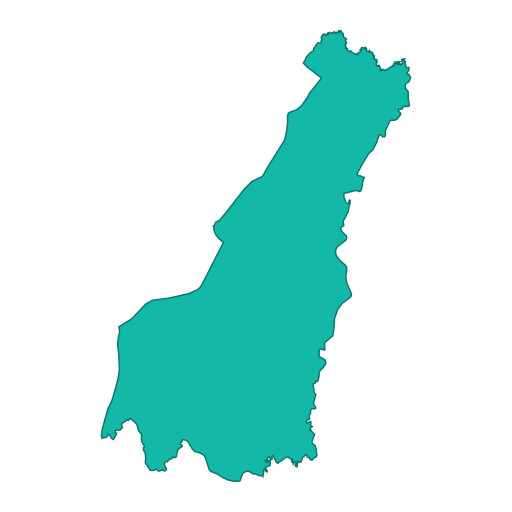 outline of Pa Tio, Yasothon, Thailand
{"feature_id": "78962969B66944967065262", "entity_name": "Pa Tio", "entity_type": "district", "adm_level": 2, "iso_a3": "THA", "parent_name": "Thailand", "parent_adm1": "Yasothon", "projection": "equal_earth", "projection_center": [104.435, 15.866], "detail": "fine", "context": "isolated", "style": "filled", "palette": "teal", "viewbox_px": 512, "rotation_deg": 0, "n_neighbors": 0, "source": "geoboundaries", "source_scale": "gbopen_adm2", "svg_char_len": 5951}
<svg xmlns="http://www.w3.org/2000/svg" viewBox="0 0 512 512"><path d="M315.9,408.0L313.5,403.6L315.8,394.4L313.8,392.2L314.1,390.7L313.2,386.1L313.2,383.9L314.8,383.4L315.9,381.3L317.0,381.6L317.9,380.9L319.0,376.6L319.2,372.3L320.6,369.9L323.6,367.2L324.3,364.9L325.5,364.7L325.7,362.7L325.3,360.2L319.1,356.4L319.2,349.9L320.8,348.8L323.7,350.0L325.0,349.8L324.5,344.7L324.9,342.4L332.8,335.8L333.9,328.5L334.6,318.3L337.7,309.4L342.4,303.2L350.6,297.0L351.4,295.3L351.2,293.3L347.1,283.7L346.1,279.8L345.8,275.9L346.8,269.8L346.4,266.9L345.2,265.1L340.5,261.1L337.0,256.7L336.1,255.1L335.5,251.7L335.8,249.4L337.6,246.5L345.9,240.1L346.6,238.6L346.5,236.1L341.8,231.3L340.5,228.2L340.8,227.4L343.8,225.7L343.2,222.3L343.3,220.9L348.4,211.3L348.7,208.2L349.9,204.1L350.3,200.8L350.1,200.2L349.5,200.1L348.6,202.9L347.9,203.4L346.1,203.2L344.0,197.3L343.8,193.5L355.9,190.4L359.5,191.5L360.8,191.0L362.3,185.7L362.7,181.5L364.3,177.6L360.2,175.8L358.1,175.8L357.2,173.7L362.0,164.5L368.8,153.5L372.9,149.7L376.6,142.6L379.3,134.5L380.8,134.9L382.7,136.8L384.8,136.6L385.5,134.7L385.3,130.8L389.8,121.0L390.9,120.3L394.1,120.3L397.0,119.3L400.7,114.3L400.5,113.1L398.3,110.9L398.6,109.7L402.3,108.8L402.7,107.4L403.6,106.4L408.1,106.5L409.5,105.4L408.4,100.4L408.1,91.6L405.5,88.3L405.1,85.4L405.7,83.8L409.0,81.5L410.6,77.7L409.2,74.8L407.2,73.6L407.2,72.5L408.8,70.4L409.0,67.8L408.6,67.4L407.1,67.9L406.0,66.9L405.1,63.0L405.4,61.5L404.1,60.8L404.6,59.3L403.9,59.6L403.6,58.9L402.0,59.4L402.5,60.7L401.6,61.3L402.2,61.5L402.7,63.0L402.3,63.7L401.5,63.9L401.4,64.9L401.0,65.2L400.4,64.4L398.9,64.6L399.3,63.9L400.0,64.2L399.2,62.9L399.8,61.3L398.4,62.5L397.8,61.5L396.6,62.1L396.9,63.1L397.7,63.4L397.6,64.1L397.0,64.3L396.0,63.2L395.0,63.4L394.8,62.1L394.2,62.7L394.2,64.3L393.4,64.3L393.2,65.4L393.6,65.7L392.9,65.7L392.8,66.4L392.2,66.1L392.2,66.8L389.6,67.4L388.8,68.8L386.7,69.3L385.2,70.6L383.7,69.4L381.9,69.6L381.9,70.4L380.9,70.8L380.4,70.1L380.8,69.3L380.2,69.3L379.9,66.9L379.1,65.4L378.7,65.4L378.8,66.1L377.7,65.6L377.3,66.2L376.3,65.4L376.2,63.0L377.1,62.4L376.6,61.8L377.0,61.3L376.8,59.8L376.2,59.5L375.9,60.4L375.5,59.6L374.2,59.0L374.4,57.7L373.7,57.0L374.4,56.1L373.4,55.7L373.6,55.0L373.1,55.0L373.0,54.1L372.3,53.6L372.6,52.6L371.4,52.0L370.4,52.2L369.5,50.6L369.1,51.9L368.6,51.9L368.6,51.2L367.8,51.7L366.5,50.7L366.1,49.4L366.6,49.2L366.5,48.5L365.7,47.9L365.3,48.4L365.1,47.4L364.5,48.0L361.6,47.6L361.0,48.8L361.2,49.9L360.4,49.9L360.8,50.5L360.2,50.7L360.2,52.0L358.1,52.7L357.8,54.4L357.4,54.1L356.8,54.5L355.9,53.8L354.4,54.1L353.6,53.1L351.8,52.4L350.9,51.0L347.9,50.9L347.1,49.4L347.4,48.8L346.8,48.8L346.2,47.5L345.4,47.8L345.8,46.3L345.1,45.9L345.1,44.4L346.2,44.1L346.6,42.6L345.3,41.9L346.3,39.2L345.8,39.0L345.8,38.2L344.4,37.9L343.8,37.1L342.8,34.4L343.3,34.2L343.2,33.5L341.5,32.8L341.7,32.2L340.7,30.7L339.3,31.9L339.5,30.9L338.5,30.8L338.0,32.3L335.8,32.5L335.7,33.4L334.1,31.7L332.8,33.3L332.0,32.7L329.6,33.4L329.4,32.5L328.1,32.7L327.7,33.3L327.9,34.4L327.1,34.3L327.2,34.9L326.0,34.9L325.1,34.2L323.4,34.3L323.3,35.0L322.8,34.6L321.3,37.0L321.9,40.5L321.3,40.8L320.9,43.0L317.7,42.9L313.7,48.6L313.5,50.6L310.0,53.0L306.2,57.3L305.3,59.7L303.3,63.1L308.2,67.8L321.0,77.6L321.0,78.8L309.9,92.7L306.8,98.2L301.5,105.8L296.2,110.0L289.4,112.4L288.4,113.4L287.6,115.3L287.6,122.9L286.8,129.9L284.7,140.0L268.4,165.9L263.3,174.9L262.1,176.6L252.0,181.4L244.7,188.6L226.4,212.1L219.4,220.4L215.8,222.1L214.7,225.0L213.4,225.9L214.4,231.6L216.2,235.3L219.1,238.8L223.4,242.4L203.8,281.0L200.4,287.0L197.1,289.9L188.5,293.7L169.1,298.1L152.3,300.3L145.8,304.0L132.0,318.6L118.8,326.9L119.4,329.4L119.5,332.7L118.4,337.5L117.6,343.8L118.8,355.3L119.4,369.5L118.6,375.4L117.4,381.5L112.7,398.1L111.7,401.1L108.3,407.9L105.8,416.2L102.2,429.5L101.4,435.8L101.9,438.2L106.0,437.3L106.7,436.3L107.5,436.3L108.2,434.4L108.8,434.3L109.9,435.2L111.5,438.4L113.5,439.5L116.5,433.9L116.3,433.1L115.2,432.6L115.2,430.6L117.2,430.0L119.9,430.2L122.4,427.8L121.5,424.5L122.8,422.9L127.3,419.9L128.3,420.4L130.4,418.4L136.3,423.6L137.1,425.2L138.4,430.6L141.6,434.3L141.4,439.4L141.8,441.8L144.5,446.2L144.4,447.0L143.4,447.4L143.3,448.3L143.4,449.9L145.0,452.4L145.4,454.7L145.7,458.3L145.3,462.9L150.3,470.4L153.8,470.4L156.2,468.9L157.8,470.8L159.5,471.0L161.8,470.0L164.5,470.9L165.9,470.3L166.3,469.6L166.3,468.1L165.6,467.8L164.6,465.1L164.5,463.2L165.4,461.7L167.3,461.7L169.7,459.0L171.9,458.7L172.6,457.1L175.0,457.6L175.9,457.2L176.6,456.0L176.5,454.3L178.1,449.3L182.2,446.4L181.8,445.0L180.3,444.6L180.2,443.1L181.7,442.1L182.5,439.7L184.3,439.6L187.5,441.1L192.4,449.1L194.8,451.5L200.6,453.2L203.7,455.1L205.3,457.3L209.1,469.4L210.9,471.5L218.1,474.4L222.8,477.6L228.2,480.0L234.0,481.3L239.9,481.0L242.6,473.8L243.8,472.5L246.6,471.2L249.3,471.5L252.9,473.8L255.8,474.1L259.2,475.6L261.9,475.6L262.8,476.6L263.6,472.3L263.4,470.4L264.6,469.2L265.8,471.4L267.1,471.8L267.1,470.4L265.6,468.7L265.8,467.2L270.1,465.6L270.2,460.4L269.2,460.3L268.4,461.5L266.9,462.2L265.5,461.4L265.2,460.5L266.1,461.0L267.5,460.5L267.3,458.6L267.8,457.0L268.7,457.5L269.8,457.3L270.3,457.8L270.2,458.8L271.7,459.6L272.2,458.9L271.9,456.2L273.0,455.3L276.0,461.6L277.6,463.3L285.5,457.7L288.1,456.8L290.2,458.8L292.2,459.5L291.6,460.4L291.9,461.9L292.2,462.2L292.8,461.0L293.3,464.0L294.6,462.1L295.8,462.5L296.2,463.9L295.4,464.3L295.3,465.9L296.9,466.9L297.4,465.7L297.0,461.4L297.8,461.2L298.2,462.6L301.1,461.7L302.9,456.8L304.3,456.4L305.6,454.3L306.4,454.5L307.2,456.9L309.5,457.9L309.7,459.0L311.3,460.1L312.7,459.7L314.3,457.4L315.8,457.2L317.0,455.1L316.4,453.0L316.4,449.7L315.0,445.3L312.9,444.1L311.9,441.6L314.6,434.4L311.7,431.4L311.3,430.2L309.6,430.3L310.2,429.1L310.2,428.0L312.3,426.6L310.3,425.3L310.9,423.8L310.7,421.6L306.8,423.0L306.1,421.4L307.5,419.6L309.0,419.7L309.5,419.1L309.1,415.4L310.5,413.5L310.6,410.1L312.0,408.8L315.0,408.7L315.9,408.0Z" fill="#14b8a6" stroke="#0f766e" stroke-width="1.5"/></svg>